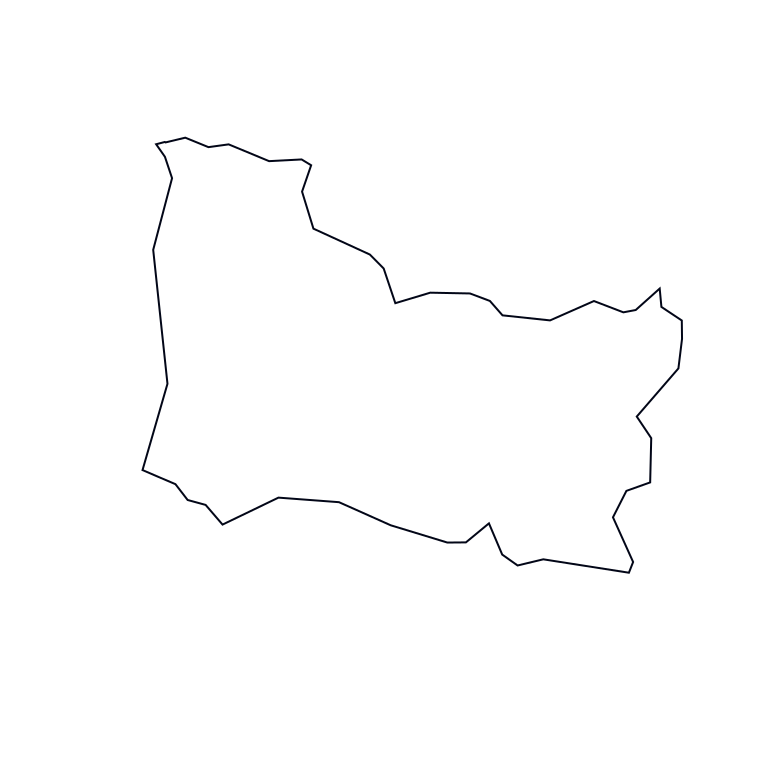 outline of Coleraine, rotated 289°
{"feature_id": "GBR-2100", "entity_name": "Coleraine", "entity_type": "District", "adm_level": 1, "iso_a3": "GBR", "parent_name": "United Kingdom", "parent_adm1": "", "projection": "mercator", "projection_center": [-6.661, 55.068], "detail": "fine", "context": "isolated", "style": "outline", "palette": "ink", "viewbox_px": 768, "rotation_deg": 289, "n_neighbors": 0, "source": "natural_earth", "source_scale": "10m", "svg_char_len": 811}
<svg xmlns="http://www.w3.org/2000/svg" viewBox="0 0 768 768"><g transform="rotate(289 384 384)"><path d="M224.0,183.7L313.7,179.2L435.7,122.1L509.6,116.6L527.5,102.9L536.5,90.5L541.5,98.0L541.3,98.8L552.2,115.9L550.8,140.9L560.0,159.1L557.3,202.8L569.5,233.0L567.1,243.9L539.2,243.9L507.9,266.7L501.8,328.5L493.1,346.1L464.1,368.4L485.4,398.0L497.6,435.8L497.0,457.1L487.5,473.7L498.2,520.3L530.8,555.5L529.7,587.0L535.9,597.9L564.0,613.6L547.2,621.2L541.0,644.9L523.7,651.1L494.6,657.3L435.5,633.6L419.8,654.3L377.6,667.7L361.9,648.0L332.5,643.9L296.8,677.5L285.3,677.0L270.1,591.7L255.9,569.4L261.2,551.3L286.4,528.6L260.9,513.0L254.7,495.5L252.6,436.4L257.6,379.9L242.2,321.2L198.5,277.1L211.6,254.7L210.4,236.1L221.4,219.4L222.7,201.0L224.0,183.7Z" fill="none" stroke="#020617" stroke-width="2"/></g></svg>